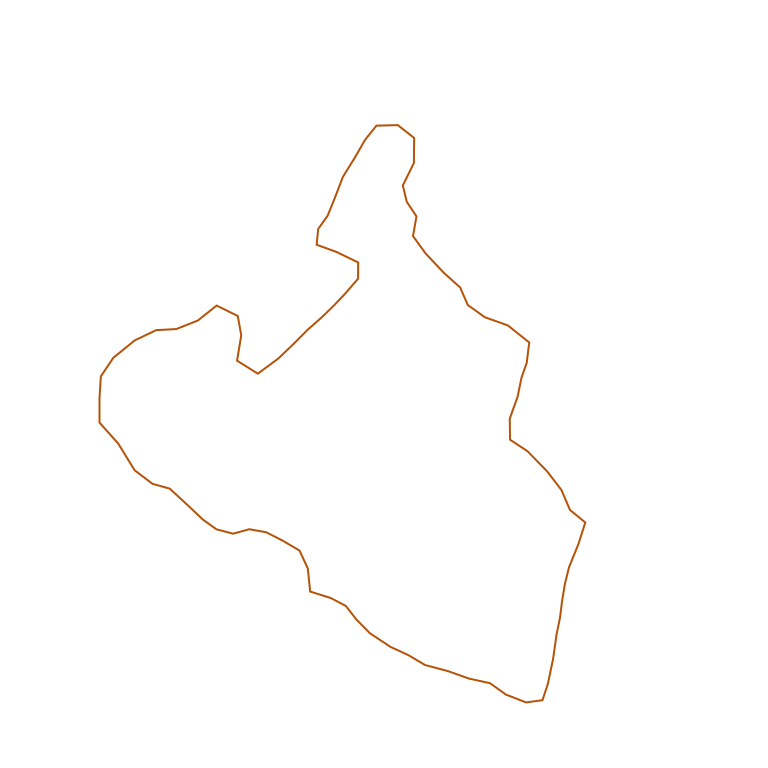 Ribeirão Vermelho, Minas Gerais, Brazil, rotated 112°
{"feature_id": "56859067B66490623340550", "entity_name": "Ribeirão Vermelho", "entity_type": "district", "adm_level": 2, "iso_a3": "BRA", "parent_name": "Brazil", "parent_adm1": "Minas Gerais", "projection": "orthographic", "projection_center": [-45.077, -21.15], "detail": "fine", "context": "isolated", "style": "outline", "palette": "amber", "viewbox_px": 768, "rotation_deg": 112, "n_neighbors": 0, "source": "geoboundaries", "source_scale": "gbopen_adm2", "svg_char_len": 1246}
<svg xmlns="http://www.w3.org/2000/svg" viewBox="0 0 768 768"><g transform="rotate(112 384 384)"><path d="M602.4,353.0L604.1,336.2L612.6,321.6L620.4,303.7L625.3,279.6L626.3,259.6L629.2,240.7L626.3,217.6L625.3,194.9L621.7,173.6L626.3,154.7L626.0,133.0L617.8,118.6L600.9,119.7L575.7,124.2L551.6,130.2L534.6,133.3L518.9,137.5L502.0,141.3L484.7,143.8L459.2,143.8L437.0,145.5L431.1,164.4L415.8,179.8L404.0,199.8L392.6,225.7L388.4,246.3L369.1,254.4L345.6,255.4L326.4,258.9L311.0,259.6L291.1,264.9L283.3,291.1L284.3,315.6L279.4,335.9L266.0,349.5L258.5,370.2L247.4,394.3L236.0,412.5L216.4,416.7L206.6,431.1L192.9,440.9L167.8,439.1L144.6,448.2L138.8,468.2L147.3,487.8L164.6,493.0L184.8,495.8L207.3,499.7L229.2,499.3L249.1,499.3L265.0,503.1L280.1,498.6L279.4,477.2L281.0,453.5L296.0,447.5L314.6,453.8L330.6,460.1L346.3,467.1L362.3,475.1L379.9,482.5L400.1,491.6L421.7,504.9L417.4,529.0L392.3,534.6L375.7,545.1L374.0,568.6L394.9,580.4L410.9,597.2L419.4,615.4L437.0,631.5L461.1,644.8L483.0,649.4L503.9,642.4L526.4,633.3L538.8,608.1L557.4,582.9L563.3,561.2L561.3,543.4L569.8,521.0L577.6,501.0L581.5,484.9L579.3,467.8L569.1,454.5L565.6,437.7L567.2,419.5L570.1,399.9L583.5,385.6L604.1,374.7L602.4,353.0Z" fill="none" stroke="#b45309" stroke-width="2"/></g></svg>